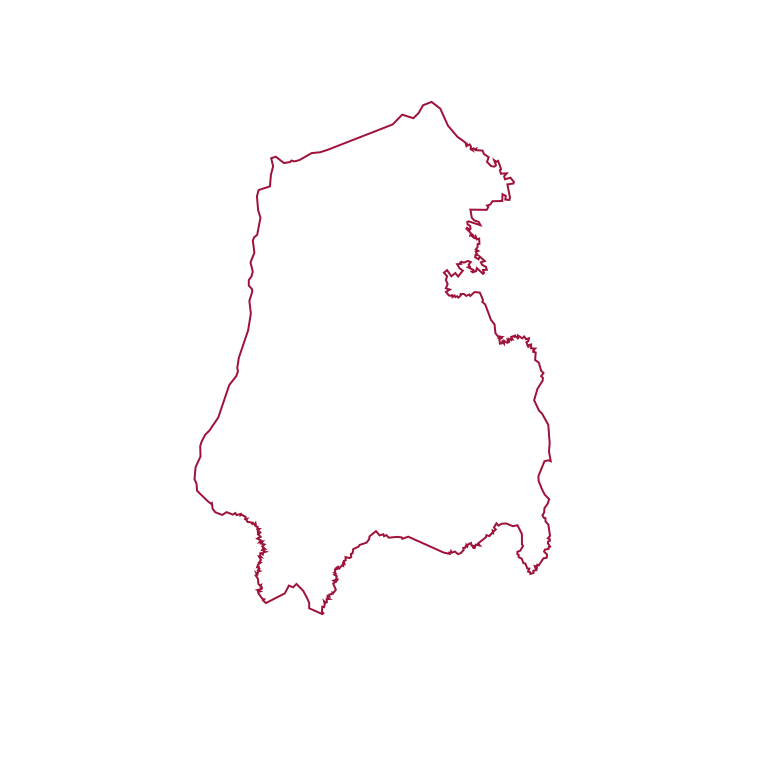 Si Wilai, Bueng Kan, Thailand, rotated 225°
{"feature_id": "78962969B38072300244645", "entity_name": "Si Wilai", "entity_type": "district", "adm_level": 2, "iso_a3": "THA", "parent_name": "Thailand", "parent_adm1": "Bueng Kan", "projection": "mercator", "projection_center": [103.741, 18.159], "detail": "fine", "context": "isolated", "style": "outline", "palette": "rose", "viewbox_px": 768, "rotation_deg": 225, "n_neighbors": 0, "source": "geoboundaries", "source_scale": "gbopen_adm2", "svg_char_len": 6166}
<svg xmlns="http://www.w3.org/2000/svg" viewBox="0 0 768 768"><g transform="rotate(225 384 384)"><path d="M146.2,353.2L144.7,356.1L146.4,357.6L144.6,360.2L145.6,361.7L146.6,360.9L148.7,361.9L146.9,363.2L147.8,364.5L146.3,365.1L148.0,373.4L146.1,376.2L148.1,378.7L152.3,378.7L153.1,380.6L151.1,383.8L152.2,385.2L151.6,386.5L155.6,387.3L156.6,388.7L155.9,390.5L157.2,391.5L159.0,390.8L159.2,394.0L168.4,400.8L172.5,401.0L175.0,403.3L176.2,402.4L179.2,403.3L179.9,406.4L182.8,409.7L183.6,415.0L185.7,419.3L192.0,419.4L198.0,421.3L206.3,424.9L209.7,428.1L215.9,442.8L213.9,446.2L211.5,447.3L219.7,453.0L224.9,459.2L239.1,471.4L251.3,474.8L255.7,474.8L266.4,478.7L272.1,489.2L274.2,498.6L276.0,500.7L278.5,500.7L278.9,504.5L282.2,504.5L289.8,508.6L294.1,507.8L299.0,513.5L301.4,512.2L301.9,513.0L300.7,513.2L302.3,513.8L302.2,515.9L305.3,513.2L307.9,516.0L309.3,513.6L307.4,512.1L309.4,512.6L312.9,514.3L312.3,516.4L313.8,518.8L315.3,516.1L318.5,516.7L318.5,514.1L323.5,513.0L320.9,510.6L323.4,511.4L324.8,509.8L325.6,510.8L327.3,507.3L325.1,506.6L326.4,506.1L325.8,505.0L324.0,505.5L327.7,504.1L326.2,503.0L327.7,502.6L325.5,501.5L326.0,500.3L329.6,499.5L327.7,497.4L330.4,497.8L329.5,495.9L330.5,494.5L334.1,497.2L333.6,499.0L335.1,498.1L334.2,500.5L337.3,498.3L341.1,498.7L348.0,504.3L353.8,505.0L368.6,511.8L372.6,511.6L373.4,513.4L380.9,516.4L385.0,513.0L385.2,507.3L387.0,507.5L388.2,504.4L391.3,504.1L393.4,501.7L392.3,500.9L392.5,497.7L394.3,497.8L395.0,496.0L396.6,496.5L397.0,494.0L399.1,495.7L398.4,494.3L400.6,492.5L405.3,492.9L404.2,497.3L407.9,495.4L409.6,499.6L413.8,501.3L415.5,504.8L420.3,505.1L419.9,509.1L412.6,507.8L412.0,512.9L407.6,512.4L408.4,519.9L412.3,519.2L417.0,520.4L414.5,523.4L416.0,523.9L415.7,525.2L413.4,526.2L411.6,530.4L408.9,531.6L408.5,528.3L406.3,527.7L407.1,526.0L401.3,527.9L400.2,526.9L401.3,525.6L400.3,525.6L398.7,528.9L400.3,531.6L391.9,531.9L391.8,533.2L394.6,534.6L392.1,537.5L394.8,538.9L399.0,537.6L401.5,538.6L399.7,542.2L406.5,541.8L405.3,539.0L409.2,538.1L410.6,540.2L409.0,541.4L412.8,542.5L411.5,544.7L414.3,544.1L414.6,546.9L416.7,549.1L415.6,550.5L419.5,554.1L420.6,551.9L423.5,553.2L422.8,551.4L424.0,550.9L426.1,550.8L425.7,552.1L427.3,552.2L428.0,550.1L429.4,552.1L435.5,552.1L435.8,553.1L432.5,553.7L432.5,554.9L434.9,556.7L437.6,555.9L439.7,557.5L439.2,558.8L428.1,564.5L431.7,565.6L435.9,563.5L439.6,563.7L446.2,568.4L434.5,579.8L435.4,582.9L437.3,583.1L435.8,585.9L436.5,590.0L429.8,597.0L434.4,602.0L430.8,603.1L428.7,600.2L425.5,602.7L426.5,604.7L437.9,612.4L434.3,617.2L434.9,618.7L440.5,619.3L443.2,614.3L445.9,615.8L446.2,619.7L450.1,615.3L453.3,617.3L453.1,618.7L461.1,622.5L461.6,620.6L464.4,620.1L459.5,617.9L459.8,615.6L462.4,613.8L468.2,613.9L470.4,618.4L475.9,617.3L479.4,618.7L484.3,614.4L485.2,615.7L485.8,613.9L487.3,613.9L488.2,612.1L487.0,611.8L488.8,611.3L490.4,613.4L492.8,614.0L493.7,611.3L494.6,611.9L494.3,610.7L497.2,612.3L506.7,610.7L521.5,611.9L538.9,618.5L549.8,617.1L553.5,608.7L551.1,600.0L551.2,592.7L561.6,587.3L561.4,573.7L589.4,509.8L593.1,502.6L598.4,496.2L602.2,482.4L604.7,478.1L607.5,476.5L607.4,474.5L611.0,469.5L621.2,468.2L623.4,463.9L616.3,459.5L611.9,452.0L604.4,443.1L609.8,432.5L606.6,426.9L595.8,417.8L589.0,414.3L579.1,399.7L579.6,396.0L578.2,392.7L568.5,385.2L564.4,375.6L556.2,370.6L553.8,366.4L553.1,361.9L549.2,358.0L544.6,357.8L542.5,356.3L538.0,347.6L528.0,339.7L518.1,326.0L505.2,299.9L499.1,291.6L496.3,289.8L494.1,285.3L492.7,273.9L477.5,243.1L474.5,227.5L474.6,221.7L472.1,214.0L470.0,210.1L462.5,203.0L458.5,192.1L450.8,182.8L445.9,180.8L440.6,176.3L425.7,176.5L421.9,177.0L421.6,178.1L416.9,174.6L412.7,174.0L405.8,177.0L404.7,182.1L398.5,184.8L397.9,187.6L395.5,187.1L393.5,190.8L392.6,189.7L392.2,190.9L387.9,192.2L386.7,190.4L385.5,191.9L385.4,190.6L382.9,190.0L380.3,192.1L378.3,191.9L378.5,193.2L375.8,192.9L376.3,194.6L373.8,192.9L372.2,193.6L371.2,192.0L369.6,193.4L369.8,191.2L368.0,189.8L367.6,191.5L366.4,191.5L366.7,188.6L363.2,188.7L364.3,185.1L360.3,186.4L360.2,184.1L358.4,186.8L358.2,184.2L355.0,186.0L355.2,183.0L352.1,183.2L353.3,182.3L352.8,180.6L351.5,182.6L350.7,180.6L349.2,181.5L350.2,179.7L349.2,177.8L350.9,177.8L351.1,176.8L352.3,177.7L350.2,174.8L348.5,174.8L350.4,173.6L346.6,172.6L346.1,169.5L345.0,170.3L345.4,167.3L344.2,164.9L343.3,166.1L342.2,164.7L341.6,166.2L341.3,163.2L339.7,163.9L340.4,162.5L339.2,160.4L340.8,160.1L338.7,159.3L339.4,157.9L335.6,157.2L331.4,153.8L329.1,153.8L328.8,154.9L327.9,153.3L326.6,153.9L325.6,152.8L327.8,148.8L324.8,149.9L326.0,147.9L324.9,147.2L318.0,146.1L316.5,147.0L316.6,145.5L312.6,145.6L306.1,165.8L308.7,174.2L304.5,176.0L304.5,180.7L294.8,180.6L287.2,178.3L282.1,176.3L278.3,172.5L265.0,177.6L264.8,179.0L266.9,179.1L270.2,182.9L268.6,183.8L270.1,186.3L272.8,188.0L270.5,188.1L270.1,189.3L272.4,191.2L270.7,193.3L272.6,192.6L274.1,194.3L272.2,195.1L273.8,196.5L272.0,199.5L273.1,200.1L272.1,201.0L272.6,204.5L278.8,206.9L278.5,209.4L280.7,209.2L279.6,211.3L278.2,211.0L278.7,213.1L280.1,212.4L281.5,214.7L284.3,214.0L283.9,215.6L285.7,215.5L285.2,216.3L287.3,217.9L286.4,220.0L287.7,219.7L287.3,222.3L285.2,221.9L285.5,226.1L284.2,226.5L286.3,228.4L284.8,228.8L287.3,230.6L286.4,232.3L288.8,234.4L285.3,236.5L284.8,238.5L287.3,240.5L286.5,242.0L289.0,245.5L287.0,251.0L287.4,253.1L284.2,259.4L284.7,263.6L286.5,266.0L285.6,274.3L280.1,273.8L278.2,277.3L276.4,276.4L275.4,278.8L272.0,278.7L266.5,285.3L263.0,288.1L261.6,287.5L258.9,293.2L222.6,307.0L217.5,310.3L218.6,311.0L217.5,312.1L218.2,313.1L216.7,312.7L215.4,315.7L211.4,316.0L210.1,318.7L210.3,323.0L212.0,324.1L210.9,325.4L211.6,327.2L210.5,327.5L211.5,328.4L210.4,328.3L211.2,329.6L210.1,333.1L208.0,331.8L206.3,332.8L206.4,331.7L204.7,331.3L203.9,332.1L205.5,335.2L202.1,337.5L204.7,337.7L203.6,347.7L204.7,349.5L201.9,351.0L202.3,354.7L201.2,355.5L203.5,357.2L202.2,357.6L202.1,360.2L204.8,360.3L206.0,365.0L203.0,364.7L202.0,368.4L198.9,371.8L192.3,374.6L189.7,378.5L180.4,375.4L173.1,368.2L171.2,367.9L169.8,362.4L171.0,359.7L169.3,357.9L168.1,358.4L166.3,356.8L163.1,357.9L158.6,355.9L157.1,357.0L152.2,354.9L150.7,356.2L149.5,353.2L147.6,354.2L146.2,353.2Z" fill="none" stroke="#9f1239" stroke-width="2"/></g></svg>